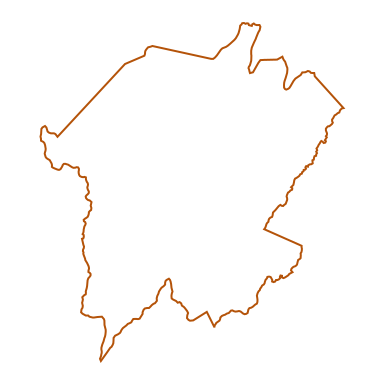 the district of Cametá, Pará, Brazil
{"feature_id": "56859067B42741261340740", "entity_name": "Cametá", "entity_type": "district", "adm_level": 2, "iso_a3": "BRA", "parent_name": "Brazil", "parent_adm1": "Pará", "projection": "mercator", "projection_center": [-49.501, -2.281], "detail": "fine", "context": "isolated", "style": "outline", "palette": "amber", "viewbox_px": 384, "rotation_deg": 0, "n_neighbors": 0, "source": "geoboundaries", "source_scale": "gbopen_adm2", "svg_char_len": 5895}
<svg xmlns="http://www.w3.org/2000/svg" viewBox="0 0 384 384"><path d="M282.4,56.7L277.1,59.6L264.1,59.9L260.4,60.1L258.4,62.8L253.0,72.3L250.0,73.1L249.5,71.5L249.1,69.5L248.5,68.1L248.9,66.7L249.8,65.5L250.4,63.7L251.2,60.8L251.3,59.0L251.4,55.6L251.2,54.1L251.2,50.7L251.8,47.6L254.0,42.5L255.7,39.0L256.3,37.3L258.0,33.1L258.8,31.5L259.6,30.3L260.4,26.8L259.5,25.0L256.7,25.1L254.9,24.5L253.8,23.5L252.3,24.3L251.8,25.9L248.9,25.1L248.4,23.6L247.0,23.3L245.5,23.8L244.0,23.0L242.2,23.2L241.5,24.5L240.2,25.6L239.7,29.0L238.6,33.0L237.9,34.6L235.9,38.1L234.5,39.8L230.1,43.8L227.7,45.8L226.0,46.9L222.4,48.3L220.9,49.7L216.9,55.4L215.0,57.5L213.2,58.9L211.3,58.9L152.4,46.0L150.6,46.7L148.1,47.3L146.8,48.8L145.5,50.6L145.1,52.0L145.0,53.9L144.4,55.7L125.0,64.0L57.5,136.8L55.4,134.0L53.9,133.3L50.8,133.3L48.9,132.6L47.6,131.5L46.4,127.5L45.0,126.0L42.5,127.4L41.4,128.9L41.1,134.0L40.5,136.6L41.0,138.8L41.0,140.7L43.3,141.9L44.4,143.1L45.1,145.2L45.7,148.9L45.5,150.7L45.0,152.2L44.7,153.7L45.6,156.9L46.5,158.1L47.8,159.0L49.7,160.1L51.6,163.5L52.0,165.1L51.9,166.9L53.0,167.7L54.5,168.4L57.5,169.6L59.0,169.9L60.5,169.2L62.2,166.5L62.7,165.1L63.8,163.9L65.2,163.8L68.2,164.7L72.0,167.2L73.4,167.8L75.2,167.7L76.6,167.2L78.1,167.4L78.9,168.7L78.9,170.1L78.6,171.7L78.7,173.2L79.1,174.8L79.9,176.1L81.5,176.9L83.1,177.2L84.5,176.9L85.9,177.4L85.9,179.0L86.2,180.3L86.8,181.8L87.6,182.9L88.0,184.3L87.8,185.8L87.3,187.2L87.5,188.6L88.0,190.0L88.8,191.4L88.8,192.9L87.8,194.2L86.6,195.2L85.7,196.4L86.0,198.0L86.9,199.1L88.2,200.1L89.7,200.4L91.5,202.1L90.7,205.7L91.4,208.0L91.1,210.0L89.9,210.9L88.9,212.1L88.8,213.7L88.4,215.2L87.7,216.8L86.3,217.9L85.1,218.6L83.7,219.8L83.9,221.2L85.2,222.1L85.7,223.6L85.3,224.9L84.4,226.4L83.7,229.5L83.6,231.2L83.3,232.8L82.6,234.1L83.7,235.0L83.8,236.9L83.3,238.4L82.0,238.8L83.4,244.9L84.0,246.5L83.8,248.1L83.1,249.5L82.9,251.1L83.5,252.4L83.3,253.8L83.8,255.3L85.1,258.7L85.3,260.1L87.1,263.0L88.5,266.0L88.9,267.4L89.0,268.7L88.5,270.5L88.4,272.0L89.8,272.9L90.6,274.0L90.5,275.6L89.5,277.0L88.3,278.3L87.6,280.3L87.1,286.0L86.7,288.2L85.8,291.3L85.9,293.0L85.7,294.4L84.3,295.1L82.3,297.2L82.9,299.5L82.5,301.4L82.1,302.8L82.8,305.8L82.5,307.8L81.5,309.4L81.1,312.3L82.5,313.7L85.7,315.5L88.2,315.5L89.4,316.7L92.6,317.5L94.2,317.5L97.6,317.0L101.9,316.7L104.0,319.2L104.4,320.6L104.5,325.0L105.7,329.8L105.7,331.8L105.4,334.7L105.0,336.6L104.4,338.1L103.5,341.5L102.3,344.5L101.4,347.8L101.4,349.7L101.7,351.1L101.7,353.0L101.3,354.4L101.1,355.8L100.6,357.3L100.0,358.8L100.9,361.0L106.7,352.9L110.3,347.7L111.4,347.0L112.5,345.2L113.3,343.3L113.5,340.8L113.6,337.9L115.1,335.7L118.0,334.3L119.9,333.0L120.7,331.8L121.2,330.5L122.1,329.1L123.0,328.0L126.4,325.4L127.8,323.9L129.6,323.2L131.3,322.3L132.1,320.7L133.3,319.0L136.0,318.9L138.1,319.1L139.6,318.7L142.6,313.9L142.6,312.2L143.6,309.8L144.8,308.5L147.0,308.0L149.0,308.0L150.4,306.7L151.7,305.2L153.5,303.8L155.0,303.2L156.9,300.8L156.7,298.2L157.3,295.9L158.4,293.7L159.0,291.5L160.9,288.5L161.8,287.5L163.6,286.2L165.1,284.6L165.1,282.9L165.5,281.1L166.5,280.0L168.9,278.7L170.0,279.9L170.6,281.6L171.1,284.0L171.5,287.8L172.5,291.6L171.9,293.2L171.5,295.3L171.5,296.7L171.7,298.5L173.2,299.6L176.1,301.0L177.7,302.7L179.6,302.1L181.2,303.4L181.9,305.6L183.8,306.9L184.9,308.1L187.1,311.0L188.1,313.0L187.3,315.2L187.0,318.1L188.5,319.9L190.0,320.7L193.2,320.4L206.8,311.9L214.5,327.4L214.5,325.6L215.5,324.3L216.3,322.9L219.5,320.6L220.1,319.2L220.4,317.5L221.8,316.0L223.5,315.2L225.1,314.7L226.8,313.6L228.8,313.0L231.0,310.6L232.4,310.4L233.9,311.2L235.4,311.6L237.2,311.4L239.0,311.0L240.6,311.5L243.2,313.6L244.6,314.2L246.1,313.9L247.6,313.0L248.4,309.5L249.4,308.1L250.9,307.8L252.6,306.9L255.2,304.6L256.9,303.6L257.4,302.0L257.5,300.0L257.3,298.2L256.9,295.7L257.5,293.4L258.5,291.4L259.8,290.1L260.2,288.6L261.2,287.4L262.1,285.6L263.9,284.4L264.6,283.2L264.9,281.7L265.6,279.8L266.9,278.4L267.4,276.9L269.1,276.6L270.6,277.0L271.5,278.5L272.3,280.1L272.1,281.5L273.6,282.1L275.2,281.5L276.0,280.0L277.5,280.0L278.8,279.4L280.0,278.3L279.9,276.8L280.5,275.5L282.0,275.8L282.0,277.4L283.4,278.1L284.7,277.6L286.5,276.5L288.4,275.2L289.2,274.0L292.5,272.2L291.0,270.4L291.4,268.9L292.3,267.8L293.5,266.8L294.8,266.4L296.0,265.7L297.0,264.6L297.7,261.6L298.2,259.9L299.6,259.1L300.6,258.1L300.8,255.1L300.6,253.4L301.4,252.2L301.8,250.5L301.9,248.7L301.6,247.3L301.6,245.8L264.2,229.2L265.3,227.7L266.0,225.7L266.4,224.2L267.2,222.9L268.4,221.8L268.6,220.1L269.2,218.7L270.4,217.6L272.1,216.9L272.6,215.4L273.0,212.5L275.4,210.1L278.7,206.1L280.4,204.9L281.7,205.8L283.1,206.0L284.2,204.9L285.7,203.8L287.2,199.8L287.1,198.0L286.6,196.6L286.9,195.2L288.0,192.6L289.3,191.8L290.4,190.5L292.1,189.7L292.3,188.2L291.1,187.2L293.4,184.9L294.0,182.1L294.3,180.2L295.1,178.6L296.5,177.9L298.0,176.9L299.4,175.8L300.2,174.3L301.9,173.6L302.1,172.2L303.5,171.3L303.7,169.9L305.1,169.7L306.0,168.7L305.4,167.3L306.2,166.1L307.9,166.7L308.2,165.3L309.7,164.4L311.4,164.2L312.7,163.4L312.4,160.3L313.8,159.6L314.0,157.8L314.5,156.2L316.1,155.8L316.2,154.3L317.0,153.1L316.2,151.7L317.2,150.2L316.5,148.5L317.5,147.2L318.2,145.9L318.8,144.6L319.7,143.5L320.3,142.2L321.3,141.0L322.7,141.8L323.7,143.0L325.3,142.6L325.9,141.2L324.9,140.2L326.8,137.3L325.9,136.2L326.9,134.9L327.0,133.3L325.9,130.5L325.9,128.7L326.9,127.3L328.0,126.3L329.4,126.2L331.9,124.1L332.8,122.7L332.1,121.1L332.1,119.5L333.0,118.4L334.6,115.4L336.2,114.5L337.6,113.2L339.3,112.5L339.7,111.2L340.4,109.8L341.8,108.5L343.5,108.1L314.8,76.3L314.2,73.0L312.2,73.0L310.8,72.8L309.7,71.5L307.9,71.0L305.5,72.2L303.7,72.4L302.3,72.4L300.7,75.0L295.4,78.6L293.5,81.0L290.4,86.4L289.3,88.0L288.0,88.9L286.2,89.6L284.9,88.9L284.1,87.6L284.0,85.0L284.2,82.6L284.6,81.0L285.7,77.8L287.1,72.9L287.4,69.6L287.3,67.8L286.7,66.4L285.1,61.6L284.1,60.4L283.4,59.3L282.4,56.7Z" fill="none" stroke="#b45309" stroke-width="2"/></svg>